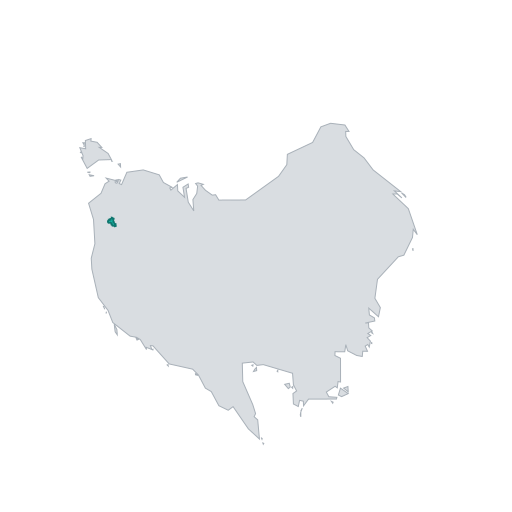 Cootamundra-Gundagai, New South Wales, Australia shown in context, rotated 156°
{"feature_id": "25037944B16131127641558", "entity_name": "Cootamundra-Gundagai", "entity_type": "district", "adm_level": 2, "iso_a3": "AUS", "parent_name": "Australia", "parent_adm1": "New South Wales", "projection": "equal_earth", "projection_center": [148.025, -34.809], "detail": "fine", "context": "in_parent", "style": "filled", "palette": "teal", "viewbox_px": 512, "rotation_deg": 156, "n_neighbors": 0, "source": "geoboundaries", "source_scale": "gbopen_adm2", "svg_char_len": 5950}
<svg xmlns="http://www.w3.org/2000/svg" viewBox="0 0 512 512"><g transform="rotate(156 256 256)"><path d="M333.3,101.2L338.2,127.7L344.1,126.4L350.8,134.3L352.0,150.3L356.0,155.9L357.0,170.8L359.9,178.4L379.2,192.7L386.7,215.9L388.9,217.1L389.2,213.0L393.4,217.2L394.1,215.1L395.7,226.8L398.2,230.3L403.6,234.0L413.9,253.5L413.3,266.5L417.0,282.1L411.3,310.7L407.4,321.0L398.2,332.7L389.6,355.4L387.5,372.3L372.1,376.3L364.5,383.4L359.8,384.1L361.2,388.1L353.7,382.2L354.7,380.8L354.2,379.3L352.9,379.2L350.4,381.8L348.6,380.3L351.5,377.8L349.8,375.9L339.9,385.0L324.0,380.5L311.4,369.5L310.7,360.8L304.7,352.9L307.1,353.2L307.0,350.8L298.7,353.2L301.0,347.3L297.4,338.7L294.8,348.5L288.7,349.4L289.6,346.2L292.4,346.2L296.0,332.7L294.5,322.5L290.7,333.2L284.7,337.2L280.9,343.6L281.7,346.8L279.2,346.4L275.0,342.9L277.5,342.8L275.4,336.5L271.2,329.4L268.0,328.4L267.2,322.2L242.7,311.4L203.0,319.6L190.7,326.9L186.0,336.1L158.1,336.7L144.2,347.6L133.9,346.9L121.5,339.5L120.4,332.0L123.4,333.3L125.3,328.7L123.5,313.4L117.4,301.7L114.0,287.0L97.6,255.9L103.1,259.2L99.1,249.7L101.8,255.3L105.8,257.0L97.6,237.3L100.0,209.9L101.5,216.4L105.5,209.3L120.6,196.6L126.3,197.4L154.5,185.3L164.6,169.0L163.4,158.3L168.8,150.7L174.2,162.5L176.4,156.0L173.0,151.3L173.9,148.3L183.5,150.3L180.4,149.2L182.2,144.5L180.3,140.3L185.4,139.7L183.5,136.7L187.7,136.2L186.1,131.7L189.6,126.7L189.9,129.7L192.9,129.3L192.9,123.6L197.2,125.6L199.8,121.0L204.5,124.2L210.8,132.1L210.0,138.5L213.9,132.4L222.7,136.4L224.4,133.0L220.4,128.2L230.0,106.5L232.1,107.9L235.4,102.5L236.7,104.8L247.1,103.1L246.7,97.8L239.6,94.0L240.7,92.6L266.2,103.9L273.5,99.8L271.8,104.1L274.9,106.4L278.6,101.3L282.0,105.6L278.2,115.3L273.8,116.2L274.2,123.1L270.3,134.0L293.5,153.8L299.7,155.7L301.8,160.4L312.1,163.7L319.2,146.6L319.4,121.6L320.5,112.2L323.1,109.9L321.1,105.6L327.3,87.4L333.3,101.2ZM348.9,402.9L360.7,407.7L374.6,404.7L375.5,417.7L374.6,415.4L373.2,418.1L372.9,426.6L368.0,423.2L364.9,430.9L358.9,430.3L360.1,428.1L354.9,424.5L352.7,417.9L355.0,419.0L349.4,409.8L348.9,402.9ZM227.7,92.8L235.0,92.7L237.3,95.5L232.6,100.9L227.7,92.8ZM286.4,356.0L298.4,355.6L293.4,357.8L286.4,356.0ZM280.4,121.7L282.0,127.1L277.4,126.2L278.0,122.4L280.4,121.7ZM413.3,251.3L413.0,245.4L414.8,240.4L415.5,244.0L413.3,251.3ZM371.3,395.2L375.2,396.3L375.3,398.1L371.3,395.2ZM227.0,94.4L229.7,99.7L225.1,99.4L227.0,94.4ZM344.6,396.0L342.3,395.5L343.5,392.4L344.6,396.0ZM305.3,151.5L303.1,153.1L300.9,154.0L302.0,151.0L305.3,151.5ZM97.4,254.5L95.4,251.6L95.0,249.0L95.3,248.8L97.4,254.5ZM374.5,399.9L376.0,401.2L373.1,400.1L374.5,399.9ZM397.3,227.6L398.9,227.6L398.9,230.2L397.3,227.6ZM357.6,170.5L359.6,172.1L359.2,173.1L357.6,170.5ZM367.9,427.8L368.1,429.9L366.6,429.2L367.9,427.8ZM415.8,268.8L415.9,272.0L415.7,271.9L415.8,268.8ZM246.2,92.5L245.0,91.1L245.8,90.3L246.2,92.5ZM280.2,92.8L278.4,95.5L280.5,90.8L280.2,92.8ZM416.1,264.9L415.3,266.0L415.9,264.8L416.1,264.9ZM283.6,142.2L282.6,142.7L283.2,141.4L283.6,142.2ZM276.8,121.6L275.5,121.8L276.3,120.2L276.8,121.6ZM110.4,196.8L110.1,198.9L109.6,198.8L110.4,196.8ZM325.1,86.1L325.1,88.0L324.6,86.6L325.1,86.1ZM352.9,380.0L353.2,381.1L352.8,380.8L352.9,380.0ZM278.0,96.3L275.6,98.2L278.0,95.8L278.0,96.3ZM186.1,129.1L185.3,130.4L185.8,128.9L186.1,129.1ZM368.7,426.3L368.0,426.7L368.4,425.9L368.7,426.3ZM304.3,157.9L303.0,157.8L303.7,156.7L304.3,157.9ZM181.6,138.8L181.0,139.5L180.9,137.8L181.6,138.8ZM374.3,421.9L373.3,422.5L373.6,421.3L374.3,421.9ZM325.9,81.1L325.8,82.4L325.1,81.7L325.9,81.1ZM352.3,381.4L353.4,382.4L351.7,382.1L352.3,381.4ZM381.5,192.6L380.6,192.6L380.9,191.2L381.5,192.6ZM388.5,212.8L388.0,212.8L388.4,211.7L388.5,212.8ZM349.4,401.4L349.1,402.2L348.8,401.1L349.4,401.4Z" fill="#d9dde1" stroke="#a8b0b8" stroke-width="1"/><path d="M371.9,349.8L372.1,349.9L372.1,349.7L372.3,349.5L372.2,349.4L372.3,349.4L372.5,349.4L372.7,349.2L372.8,349.2L372.7,348.9L373.0,349.0L373.3,349.0L373.5,349.1L373.9,349.1L374.0,348.9L374.2,349.0L374.2,348.9L374.3,348.9L374.2,349.0L374.3,349.0L374.4,348.9L374.5,348.8L374.5,348.7L374.6,348.8L374.6,348.7L374.6,348.4L374.5,348.2L374.8,348.2L375.0,348.2L375.2,348.3L375.3,348.3L375.5,348.4L375.6,348.5L375.6,348.4L376.0,348.5L376.0,348.4L376.0,348.5L376.3,348.7L376.5,348.6L376.5,348.3L376.5,348.2L376.6,347.9L377.0,347.9L377.0,348.0L377.0,348.3L377.2,348.2L377.3,348.0L377.3,347.9L377.4,347.7L377.4,347.4L377.4,347.2L377.5,347.1L377.4,347.0L377.3,346.9L377.1,347.0L377.1,346.9L377.2,346.6L377.1,346.4L377.2,346.2L376.8,346.1L376.7,346.0L376.4,346.0L376.2,346.0L376.0,345.9L376.1,345.7L375.9,345.6L375.7,345.5L375.4,345.7L375.3,345.3L375.2,345.3L375.2,345.2L375.1,344.9L375.0,344.7L375.1,344.4L374.9,344.4L374.7,344.4L374.7,344.2L374.8,344.2L374.7,344.0L374.7,343.9L374.6,344.0L374.6,343.7L374.5,343.4L374.6,343.5L374.6,343.4L374.6,343.2L374.6,343.3L374.6,343.2L374.6,342.9L374.8,342.9L374.7,342.8L374.8,342.6L374.7,342.6L374.6,342.4L374.7,342.5L374.7,342.4L374.6,342.2L374.6,341.9L374.3,341.8L374.3,341.7L374.2,341.7L373.9,341.6L373.7,341.4L373.5,341.2L373.3,341.1L373.2,341.1L373.2,340.5L372.4,340.3L372.2,340.4L372.2,340.5L371.7,340.4L371.7,340.5L371.8,340.6L371.8,340.8L371.9,341.0L371.9,341.3L372.0,341.3L372.1,341.6L371.9,341.5L371.8,341.4L371.8,341.5L371.4,341.5L371.3,341.9L371.2,342.2L371.3,342.2L371.3,342.3L371.5,342.5L371.6,342.8L371.8,342.9L371.8,343.0L371.9,343.3L372.0,343.3L372.0,343.7L372.1,343.8L372.1,344.0L372.1,344.3L372.3,344.4L372.5,344.4L372.6,344.5L372.6,344.8L372.6,345.1L372.6,345.4L372.5,345.5L372.4,345.5L372.3,345.8L372.2,345.9L372.1,346.0L372.0,346.3L371.9,346.2L371.9,346.5L371.8,346.8L371.8,347.0L371.9,347.3L371.8,347.5L371.8,347.8L371.6,347.9L371.4,347.9L371.4,348.0L371.2,347.9L371.2,347.7L370.8,347.7L370.8,347.8L370.7,347.8L370.7,348.0L370.8,348.0L370.9,347.9L371.0,348.0L371.1,348.3L371.3,348.4L371.2,348.5L371.3,348.7L371.3,348.9L371.4,349.0L371.5,349.0L371.8,349.3L371.8,349.5L371.9,349.8Z" fill="#14b8a6" stroke="#0f766e" stroke-width="1.5"/></g></svg>